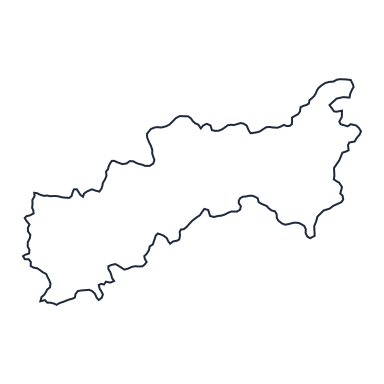 Itueta, Minas Gerais, Brazil
{"feature_id": "56859067B64737681226599", "entity_name": "Itueta", "entity_type": "district", "adm_level": 2, "iso_a3": "BRA", "parent_name": "Brazil", "parent_adm1": "Minas Gerais", "projection": "mercator", "projection_center": [-41.108, -19.373], "detail": "fine", "context": "isolated", "style": "outline", "palette": "slate", "viewbox_px": 384, "rotation_deg": 0, "n_neighbors": 0, "source": "geoboundaries", "source_scale": "gbopen_adm2", "svg_char_len": 3993}
<svg xmlns="http://www.w3.org/2000/svg" viewBox="0 0 384 384"><path d="M310.2,238.2L314.7,235.8L314.2,226.3L316.2,221.2L317.4,216.7L323.6,210.5L329.7,208.6L333.2,205.9L341.3,202.2L343.2,199.6L342.6,195.7L340.3,193.6L342.0,187.1L339.2,182.7L336.5,181.2L333.8,179.3L334.4,175.9L334.0,168.0L339.3,160.3L342.4,152.7L345.8,151.6L348.6,150.3L348.0,145.1L349.3,142.5L354.7,141.5L356.6,138.1L359.6,134.6L361.0,131.4L358.9,128.0L356.2,125.5L350.8,124.2L347.6,126.3L340.6,124.2L339.3,121.6L341.8,117.1L342.0,110.7L336.6,111.7L334.0,111.4L332.0,108.5L329.5,105.1L336.6,98.6L343.3,97.1L349.5,97.6L350.3,93.6L352.0,89.7L353.6,87.1L352.9,84.4L350.7,80.0L345.8,79.4L339.8,79.2L336.9,79.7L333.3,81.6L329.2,81.9L325.2,83.0L321.3,85.6L318.7,87.8L317.1,90.1L316.0,92.9L314.2,96.0L311.9,98.2L309.5,100.2L308.9,103.5L306.4,105.0L303.3,105.9L300.6,107.2L299.9,111.6L298.2,114.1L295.2,115.7L292.0,117.6L292.1,120.9L291.9,124.2L289.7,125.9L286.9,126.1L283.9,124.9L280.9,126.5L277.6,127.7L273.0,127.5L270.0,127.0L266.2,127.2L262.9,129.4L259.7,131.5L257.3,132.2L254.0,132.8L250.5,133.2L248.6,130.1L246.6,125.5L243.3,123.5L240.3,123.1L237.3,124.1L234.0,125.0L230.5,124.8L227.7,125.3L225.2,127.2L222.4,129.2L218.8,130.7L215.2,130.9L211.9,130.1L210.5,125.5L206.8,123.8L203.2,125.5L200.8,128.4L198.3,124.6L195.0,123.2L192.8,121.1L190.9,118.4L188.3,116.4L183.9,116.2L179.7,116.1L175.9,118.1L172.7,121.4L169.5,124.5L166.4,126.2L161.4,127.5L156.7,127.1L153.8,127.8L150.8,129.1L148.6,131.8L146.9,134.0L147.3,138.0L149.1,142.2L151.0,146.1L152.3,150.0L152.2,153.5L153.2,156.7L154.4,159.9L153.3,163.5L149.6,165.9L145.0,165.9L142.6,164.8L140.1,164.2L136.7,163.2L133.3,161.3L129.8,161.1L126.6,163.5L122.4,164.1L118.1,162.6L114.3,160.9L111.8,160.9L110.0,163.5L108.7,166.3L108.0,169.2L106.0,171.6L106.5,175.8L105.0,179.4L102.8,183.1L102.4,185.8L101.5,188.6L99.4,191.6L95.8,190.7L92.0,189.3L89.2,190.5L86.9,191.5L84.0,193.7L83.0,196.7L80.4,194.9L78.7,192.2L76.8,189.3L73.9,189.4L72.7,192.2L71.6,196.0L69.3,197.9L66.1,197.7L61.9,197.3L58.1,196.3L55.5,196.0L52.8,196.1L50.0,196.2L47.1,195.5L44.1,195.9L40.3,194.8L37.1,193.2L34.2,192.8L34.6,196.1L32.4,199.9L32.5,204.4L32.1,207.9L33.3,210.3L33.6,213.4L29.9,215.4L26.6,216.1L24.7,218.0L26.6,221.1L29.5,224.5L27.9,227.8L28.0,231.4L30.3,234.7L29.9,238.0L27.8,242.3L27.7,246.6L29.4,249.7L29.1,253.5L25.3,254.7L23.0,256.2L24.8,259.2L28.6,259.2L30.8,262.0L30.7,266.0L33.5,267.6L37.0,268.2L39.7,269.9L42.7,272.2L46.2,274.0L47.8,277.6L49.2,280.1L50.5,283.6L50.0,287.3L47.1,289.7L46.0,292.0L44.2,294.8L41.5,297.1L40.4,301.3L44.9,300.1L47.3,302.7L50.4,302.7L53.8,303.5L56.6,304.8L59.7,303.0L63.1,301.9L66.4,300.6L69.5,299.4L72.2,298.8L74.9,297.5L75.5,294.1L77.8,291.1L81.5,290.4L85.0,290.2L89.2,289.8L92.3,291.2L94.9,293.7L96.7,297.7L98.7,300.0L101.8,297.7L102.9,294.4L101.4,291.5L99.6,288.7L98.7,285.0L101.2,283.9L104.0,284.5L105.9,281.7L110.4,282.6L114.1,281.0L112.0,278.0L111.3,275.0L110.2,272.0L108.5,269.4L108.3,266.3L111.6,264.9L115.4,264.1L118.2,265.6L121.3,267.6L124.4,269.6L128.0,268.6L131.8,266.9L135.1,266.2L138.7,266.5L142.5,266.3L144.8,264.4L146.6,262.0L144.8,258.8L144.3,256.1L146.6,254.0L148.9,250.2L149.7,246.4L152.9,244.4L153.9,241.1L154.8,238.5L155.7,235.7L157.7,233.5L161.4,234.7L164.1,236.0L166.8,238.2L168.2,241.2L170.1,243.7L173.2,241.4L176.8,240.8L179.2,239.5L180.0,235.7L179.7,231.9L180.9,229.5L183.8,229.2L186.9,226.7L189.4,223.8L192.4,220.6L196.2,217.7L199.8,215.3L202.1,212.0L204.3,208.9L208.2,210.0L209.2,213.1L210.1,216.0L214.0,217.0L217.9,216.0L221.6,215.6L224.6,214.6L227.7,213.0L231.3,211.5L234.2,211.5L237.1,211.5L240.0,209.7L240.9,206.3L238.8,203.3L238.8,200.6L240.3,198.1L242.9,196.7L245.9,196.5L248.9,195.8L252.1,195.7L254.5,196.5L257.7,198.3L258.6,202.0L261.2,203.7L263.8,204.8L266.7,206.0L268.4,208.0L271.5,210.4L275.1,211.4L276.7,214.4L276.8,217.6L278.2,220.5L281.9,223.4L285.2,224.7L288.5,224.1L291.0,223.4L294.9,222.6L299.0,223.0L301.8,224.5L304.3,226.0L305.8,229.2L305.6,233.1L307.3,236.6L310.2,238.2Z" fill="none" stroke="#1e293b" stroke-width="2"/></svg>